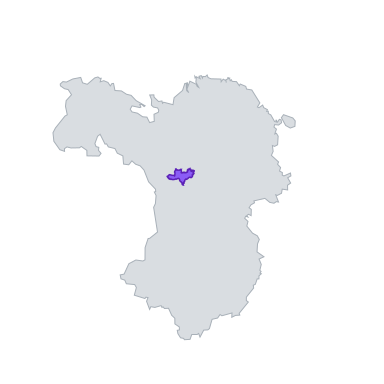 Ningxia highlighted on a map of China, rotated 254°
{"feature_id": "CHN-1803", "entity_name": "Ningxia", "entity_type": "Autonomous Region", "adm_level": 1, "iso_a3": "CHN", "parent_name": "China", "parent_adm1": "", "projection": "orthographic", "projection_center": [106.175, 37.314], "detail": "fine", "context": "in_parent", "style": "filled", "palette": "violet", "viewbox_px": 384, "rotation_deg": 254, "n_neighbors": 0, "source": "natural_earth", "source_scale": "10m", "svg_char_len": 7586}
<svg xmlns="http://www.w3.org/2000/svg" viewBox="0 0 384 384"><g transform="rotate(254 192 192)"><path d="M221.9,290.2L213.8,287.3L213.1,283.9L214.5,282.1L208.7,281.2L205.3,278.4L197.0,283.5L195.1,281.9L191.1,283.9L188.0,281.9L185.8,284.2L183.3,283.4L182.1,284.8L183.1,291.9L180.2,291.5L179.3,287.9L173.4,289.3L172.2,285.7L167.6,284.5L169.9,279.5L166.1,277.7L165.2,273.0L166.2,271.7L158.5,272.4L159.5,270.4L158.6,267.7L160.6,263.9L165.8,260.3L166.4,249.1L164.4,249.1L163.4,245.1L161.1,242.5L159.0,244.2L153.0,242.3L155.0,240.2L154.3,238.2L152.5,238.9L153.9,236.9L152.2,235.4L148.3,237.7L144.1,235.3L135.8,238.8L131.9,242.7L127.8,243.6L124.1,240.7L116.5,238.0L109.9,243.3L109.1,238.0L103.3,238.6L98.0,235.6L96.6,236.5L95.3,235.0L94.3,236.1L93.0,233.3L90.0,232.4L90.5,230.7L85.8,227.4L85.5,225.2L82.7,224.8L76.0,215.3L72.7,214.3L70.7,215.8L62.4,203.9L60.5,204.0L61.4,199.8L60.6,195.7L64.7,197.1L64.8,186.6L66.5,185.2L63.8,181.9L64.1,176.2L55.9,171.1L55.1,169.2L56.0,165.2L50.3,159.7L54.2,159.4L53.6,157.7L55.1,152.5L50.9,149.5L52.1,144.0L53.6,143.6L55.0,140.8L59.7,139.4L63.1,139.7L62.9,141.9L65.8,142.6L69.9,139.2L75.4,140.7L79.1,138.5L86.7,137.4L87.6,133.4L89.6,132.5L89.3,131.3L91.3,131.0L91.3,124.5L93.1,120.8L90.8,118.9L99.5,118.2L102.6,120.6L103.6,118.8L102.6,117.4L108.7,108.1L115.5,112.2L118.8,111.4L121.9,103.6L125.8,103.1L128.1,99.8L132.1,100.1L131.8,104.1L140.5,111.6L142.1,119.3L139.2,125.8L139.7,128.1L151.5,131.6L159.4,137.0L159.1,138.5L163.0,147.8L187.8,150.9L190.9,153.6L198.5,156.5L202.4,155.8L202.4,157.2L204.8,157.7L213.7,153.1L226.3,151.9L231.4,149.4L234.2,145.5L238.5,142.8L235.6,138.7L237.7,133.9L245.8,135.5L249.9,130.9L255.0,129.9L258.4,124.0L261.8,123.2L262.0,121.6L272.8,119.6L271.6,116.6L265.3,112.0L262.1,112.3L260.6,114.7L257.8,113.6L254.2,115.2L252.2,112.5L255.7,101.0L261.0,102.4L266.3,98.1L265.5,96.0L267.7,87.8L269.8,84.2L268.8,81.3L266.2,80.7L269.1,76.6L278.8,73.2L287.3,74.7L291.2,78.4L300.0,90.8L300.6,93.4L309.2,94.0L314.5,96.2L318.7,103.0L324.6,101.2L326.4,97.9L330.3,94.8L332.1,95.1L333.7,98.3L332.3,101.6L333.5,108.6L332.8,116.6L327.1,116.9L324.4,121.0L328.5,130.0L328.5,133.3L326.0,135.2L326.8,136.3L323.2,134.1L323.3,137.9L320.5,141.4L316.5,142.7L318.3,144.9L318.0,146.5L310.8,145.9L308.6,152.0L304.0,156.0L301.7,160.1L295.2,163.5L287.8,170.7L287.3,169.5L290.0,167.8L290.4,165.8L287.7,166.3L287.5,165.2L291.3,158.1L288.6,155.4L285.5,156.4L282.8,161.3L277.9,165.3L276.4,169.3L270.4,170.4L270.3,175.2L277.2,176.9L277.9,181.6L279.8,182.6L282.3,182.1L284.3,178.3L286.7,176.9L291.6,178.6L296.9,178.1L295.9,182.1L293.6,181.7L288.2,184.8L287.8,188.2L285.4,188.1L286.1,189.5L281.2,197.8L287.6,200.8L292.2,210.9L298.3,215.0L298.1,216.4L290.9,214.8L288.4,216.3L292.1,215.4L299.1,220.5L294.5,225.7L292.0,226.1L290.7,227.3L296.6,226.0L301.5,228.0L298.7,231.1L301.3,230.6L301.3,233.0L298.6,233.5L300.1,234.4L299.2,236.6L300.3,238.8L297.6,239.0L295.6,241.4L292.6,251.0L289.9,250.4L291.9,253.1L289.6,255.3L287.7,255.1L290.6,255.5L291.0,259.4L288.4,259.4L289.1,260.7L287.3,261.1L285.8,265.2L281.1,266.8L282.5,268.1L278.7,272.8L275.9,272.8L273.6,277.6L258.9,281.8L255.7,278.3L254.6,279.6L256.1,283.9L253.3,284.2L250.4,287.2L248.9,286.0L248.6,287.6L246.4,287.0L244.4,289.0L237.0,290.8L235.5,293.4L237.8,296.0L236.8,297.5L233.9,297.2L232.5,293.7L234.0,290.0L231.8,288.7L229.2,290.5L225.0,287.6L225.2,289.3L221.9,290.2ZM238.8,298.4L241.1,301.3L235.4,309.3L231.9,310.8L226.7,309.0L226.4,304.1L230.1,300.4L238.8,298.4ZM298.8,217.6L296.9,217.6L295.0,216.2L296.4,216.3L298.8,217.6ZM302.5,226.6L301.1,227.2L300.7,226.4L302.5,226.6ZM292.1,258.0L291.4,259.1L291.4,257.7L292.1,258.0ZM236.3,293.0L237.8,292.4L237.7,293.1L236.3,293.0Z" fill="#d9dde1" stroke="#a8b0b8" stroke-width="1"/><path d="M213.8,172.5L214.0,172.7L214.0,172.8L214.0,173.4L214.0,173.5L214.1,173.8L214.4,174.3L214.6,174.5L214.9,174.8L214.9,175.0L214.7,175.5L213.9,176.9L213.5,177.4L213.2,178.6L213.1,178.8L212.8,179.2L212.3,179.7L212.9,180.1L213.1,180.2L213.4,180.2L213.5,180.3L214.1,180.6L215.1,180.9L215.4,180.9L215.8,180.7L216.7,181.1L216.8,181.2L217.0,181.6L217.2,181.9L217.2,182.0L217.3,182.2L217.3,182.3L217.7,182.3L218.0,182.4L218.6,182.6L218.6,182.9L218.6,183.0L218.4,183.2L218.1,183.2L217.8,183.2L217.7,183.2L217.7,183.3L217.6,183.6L217.5,183.8L217.4,183.9L217.1,184.1L216.8,184.4L216.8,184.5L216.8,184.8L216.6,185.5L216.5,185.8L216.5,186.0L216.4,186.2L216.4,186.3L216.7,186.6L216.8,187.0L216.9,187.3L216.7,187.9L216.5,187.7L216.4,187.7L216.1,187.5L215.8,187.5L215.6,187.5L215.3,187.6L215.2,187.6L214.8,187.6L214.7,187.6L214.3,187.4L214.0,187.1L213.9,187.0L213.5,187.0L213.4,187.0L213.2,187.3L213.2,187.6L213.1,187.9L213.1,188.0L213.2,188.3L213.1,188.6L212.9,188.7L212.9,188.8L213.1,189.0L213.3,189.4L213.3,189.6L213.1,190.1L212.8,190.1L212.5,190.3L212.4,190.4L212.4,190.6L212.5,191.3L212.4,191.5L212.2,191.6L212.2,191.8L212.3,191.9L212.4,192.0L212.5,192.0L212.5,192.6L212.5,192.8L212.4,192.9L212.4,193.0L212.5,193.2L212.6,193.3L212.8,193.3L212.9,193.2L213.1,193.2L213.5,193.4L213.6,193.5L213.8,193.6L214.2,193.6L214.3,193.6L214.4,193.8L214.6,194.0L214.8,194.3L214.9,194.5L214.8,194.8L214.8,195.0L214.8,195.3L214.7,195.3L214.8,195.4L214.9,195.5L214.5,195.7L214.4,195.7L214.4,195.8L214.5,196.0L214.7,196.3L214.8,196.4L214.7,196.4L214.7,196.5L214.5,196.8L214.4,196.8L214.2,196.8L214.0,197.0L213.9,197.1L213.7,197.1L213.5,196.9L213.3,196.9L213.1,196.9L212.8,196.8L212.6,196.8L212.4,196.8L212.2,196.9L212.1,197.0L212.2,197.3L212.2,197.5L212.3,197.6L212.5,197.8L212.6,198.0L212.1,198.0L212.2,198.3L212.4,198.4L212.5,198.5L212.5,198.8L212.5,199.0L212.4,199.2L212.4,199.4L212.3,199.5L212.2,199.6L211.9,199.9L211.8,200.0L211.7,200.0L211.5,199.9L211.4,199.8L211.3,199.6L211.2,199.4L211.1,199.2L210.9,199.0L210.8,198.9L210.4,198.8L210.1,198.9L209.9,198.8L209.7,198.8L209.4,199.0L209.2,198.9L209.2,198.7L209.3,198.7L210.1,198.6L210.2,198.4L209.5,198.2L209.4,198.2L209.1,198.4L208.9,198.4L208.7,198.2L208.3,197.6L208.2,197.5L208.2,197.4L208.1,197.2L208.3,197.1L208.3,196.9L208.2,196.9L207.9,196.9L207.7,197.0L207.4,197.0L206.9,196.7L206.7,196.6L206.6,196.4L206.5,196.1L206.4,196.0L206.3,195.8L206.1,195.5L206.1,195.3L206.1,195.2L206.2,194.8L206.3,194.6L206.7,194.4L206.8,194.3L206.8,194.1L206.8,193.9L206.8,193.7L206.8,193.3L206.7,192.8L206.6,192.6L206.6,192.4L206.4,192.3L206.3,192.2L206.1,191.7L205.9,191.3L205.7,190.4L205.7,190.1L206.2,189.8L206.2,189.7L205.6,188.8L205.5,188.5L205.3,188.3L205.0,188.1L204.6,188.0L204.3,187.9L204.1,187.7L204.0,187.3L203.8,187.1L203.8,186.9L203.5,186.7L203.4,186.6L203.2,186.7L203.1,186.8L202.9,186.9L202.7,186.8L202.6,186.7L202.6,186.4L202.8,186.4L202.9,186.2L203.0,186.2L203.0,185.9L202.9,185.9L202.9,185.7L203.0,185.7L202.9,185.5L202.1,185.4L201.8,185.3L201.7,185.3L201.4,185.6L201.1,185.6L201.5,184.9L201.8,184.8L202.0,184.7L202.3,184.7L202.4,184.8L202.7,184.9L202.8,184.9L203.5,184.7L204.3,184.7L204.6,184.5L204.6,184.4L204.8,184.1L205.0,183.9L205.9,183.5L206.4,183.3L206.5,183.3L207.0,183.5L207.4,183.5L207.7,183.4L207.9,183.4L208.0,183.4L208.2,183.2L208.7,183.0L208.8,182.9L208.8,182.5L208.8,182.4L208.9,182.0L208.9,181.8L208.9,181.7L208.7,181.2L208.6,180.8L208.6,180.7L208.7,180.4L208.9,180.2L209.0,180.1L209.0,179.9L209.0,179.7L208.9,179.5L208.9,179.4L208.9,179.0L209.0,177.9L209.3,176.8L209.4,176.6L209.7,176.1L209.8,176.0L209.9,175.9L209.9,175.5L210.0,175.5L210.0,175.4L210.2,175.2L210.3,174.6L210.4,174.2L210.5,174.2L210.8,174.2L211.0,174.2L211.3,174.0L211.3,173.9L211.3,173.5L211.3,173.4L211.3,173.2L211.5,173.1L212.0,173.1L212.4,173.1L212.7,173.0L212.8,172.9L213.0,172.6L213.7,172.6L213.8,172.5Z" fill="#8b5cf6" stroke="#5b21b6" stroke-width="1.5"/></g></svg>